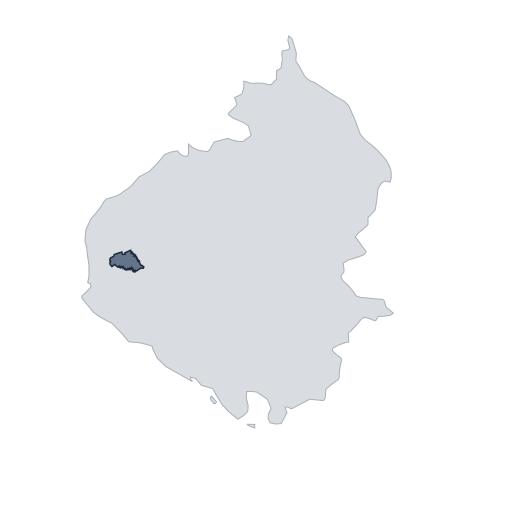 Preah Netr Preah, Bântéay Méanchey, Cambodia shown in context, rotated 323°
{"feature_id": "14789045B34870424787449", "entity_name": "Preah Netr Preah", "entity_type": "district", "adm_level": 2, "iso_a3": "KHM", "parent_name": "Cambodia", "parent_adm1": "Bântéay Méanchey", "projection": "natural_earth1", "projection_center": [103.28, 13.553], "detail": "fine", "context": "in_parent", "style": "filled", "palette": "slate", "viewbox_px": 512, "rotation_deg": 323, "n_neighbors": 0, "source": "geoboundaries", "source_scale": "gbopen_adm2", "svg_char_len": 7175}
<svg xmlns="http://www.w3.org/2000/svg" viewBox="0 0 512 512"><g transform="rotate(323 256 256)"><path d="M414.6,99.9L415.6,103.9L413.0,111.4L410.3,118.3L405.1,124.3L404.9,128.8L403.1,142.0L403.9,146.2L405.1,149.7L406.8,151.7L411.4,164.6L415.6,176.3L419.7,186.0L420.4,192.1L416.8,207.5L412.5,221.7L412.9,228.8L414.8,235.9L416.8,245.3L417.6,257.4L416.5,265.2L414.6,270.1L410.9,275.1L407.6,277.7L403.6,273.4L400.5,273.3L396.3,274.5L393.0,276.5L386.3,283.9L378.8,291.0L368.5,292.8L364.5,298.2L360.2,298.9L352.0,299.2L346.6,300.4L346.9,303.1L346.5,315.7L346.6,318.6L345.8,319.4L342.1,319.8L335.8,317.9L327.3,314.7L321.2,314.2L318.2,319.7L316.3,321.9L314.0,322.2L311.6,323.2L310.8,325.6L310.6,328.7L311.8,333.9L312.3,342.3L312.0,348.0L314.2,351.6L327.2,363.6L331.0,366.7L331.5,368.5L329.2,375.0L331.3,384.3L327.2,384.1L320.4,380.1L317.2,377.7L313.2,379.6L311.9,379.3L309.2,374.7L305.7,370.1L302.2,369.8L294.6,371.6L286.9,372.9L283.9,372.9L282.7,373.7L278.3,380.6L276.4,379.4L268.6,376.8L261.5,375.8L260.0,377.6L260.9,383.2L262.5,388.7L261.5,391.0L257.7,393.9L252.5,399.1L249.3,403.2L247.2,404.2L239.3,404.0L231.5,404.5L228.3,408.4L225.4,411.3L222.9,412.1L212.6,402.7L192.3,399.4L190.1,395.2L188.2,394.4L186.3,399.8L175.2,405.0L170.5,401.9L167.1,398.1L167.6,393.4L170.8,389.6L176.3,386.9L178.9,377.3L174.7,365.1L171.0,361.5L167.1,358.7L163.0,363.2L159.5,371.0L155.9,375.1L150.8,375.9L143.4,375.6L140.5,364.0L139.5,354.0L140.6,342.6L141.7,335.9L134.5,326.6L134.1,317.7L130.7,313.1L129.6,315.4L129.7,318.0L128.8,316.1L117.5,290.1L115.6,278.1L117.5,268.8L118.7,265.6L115.4,260.8L110.8,255.2L102.7,247.9L102.2,236.4L100.4,222.8L98.0,218.2L94.3,209.9L92.3,202.9L91.6,184.6L92.6,183.2L98.4,182.6L105.7,181.3L106.9,178.3L105.6,175.9L110.3,171.8L117.1,162.7L122.3,153.2L126.0,147.2L128.3,141.2L135.8,132.8L146.3,127.0L153.4,125.6L160.8,123.6L167.9,120.8L171.2,120.5L180.0,123.9L184.8,124.8L189.8,124.8L194.9,125.1L199.4,124.8L210.2,122.4L221.6,124.3L231.8,122.8L244.5,120.0L250.7,121.8L256.3,124.5L257.1,130.1L258.4,132.6L260.3,134.6L262.8,134.6L266.0,130.7L268.7,126.7L269.6,126.0L269.7,127.9L271.1,132.3L273.5,136.6L275.9,139.4L280.0,143.2L282.6,143.4L291.3,139.8L304.2,145.0L305.7,147.6L309.9,152.9L314.5,156.7L324.6,156.9L328.2,147.6L326.4,141.9L320.6,132.0L319.0,126.2L320.9,125.2L330.6,124.1L332.2,122.9L334.3,116.5L337.0,117.2L342.4,118.1L348.1,113.7L351.4,109.1L353.3,111.2L355.3,114.4L357.5,116.3L361.7,119.0L366.2,122.9L369.0,126.8L371.3,128.3L377.1,127.2L378.6,127.3L382.0,122.7L384.3,120.2L386.3,120.9L389.2,120.8L395.3,114.9L398.7,109.5L400.6,108.1L406.0,110.8L408.2,110.2L411.3,102.8L414.6,99.9ZM136.7,348.6L135.6,349.3L134.5,349.3L133.4,348.2L133.5,344.0L134.3,341.5L136.2,341.0L136.7,348.6ZM153.7,389.8L151.4,392.6L147.8,386.8L147.8,385.2L153.7,389.8Z" fill="#d9dde1" stroke="#a8b0b8" stroke-width="1"/><path d="M149.9,196.0L151.3,195.8L151.6,195.8L152.3,196.1L152.7,196.1L153.4,196.1L155.0,196.3L155.5,196.3L155.8,196.2L156.6,196.5L157.0,196.7L157.3,196.8L157.7,197.2L158.1,197.6L158.5,197.9L158.6,197.6L158.8,197.6L159.3,197.5L159.6,197.5L159.7,197.4L159.8,197.2L159.7,197.1L159.7,196.9L159.7,196.7L159.5,196.3L159.5,196.2L159.6,195.9L159.4,195.3L159.3,195.2L159.2,195.0L159.2,194.9L158.9,194.8L158.9,194.6L159.0,194.5L158.9,194.3L158.8,194.2L158.7,194.1L158.6,193.9L158.4,193.9L158.4,193.2L158.7,192.6L158.7,192.4L158.8,192.2L158.9,191.7L159.0,191.0L159.1,190.8L159.2,190.6L159.3,190.6L159.5,190.4L159.7,190.2L159.5,189.9L159.4,189.9L159.5,189.8L159.1,189.7L158.9,189.7L158.7,189.3L158.8,189.2L159.0,189.1L158.9,189.0L158.9,188.7L159.0,188.7L158.8,188.5L159.0,188.3L159.0,188.2L158.9,188.1L159.0,188.0L158.9,187.8L158.9,187.7L159.0,187.6L159.2,187.9L159.3,188.0L159.3,187.6L159.6,187.6L159.6,187.4L159.4,187.4L159.4,187.2L159.5,187.1L159.4,186.9L159.1,186.6L159.1,186.4L159.3,186.3L159.4,186.5L159.6,186.6L159.7,186.4L159.4,186.2L159.5,186.1L159.5,185.8L159.7,185.7L159.6,185.4L159.8,185.4L159.9,185.2L159.7,185.1L159.9,185.0L159.9,184.9L159.7,184.6L159.9,184.5L159.8,184.2L159.7,184.1L159.8,183.9L159.5,184.0L159.4,183.8L159.5,183.6L159.7,183.1L159.4,183.3L159.3,183.2L159.2,183.1L159.4,183.0L159.4,182.9L159.2,183.0L159.2,182.9L159.3,182.7L159.2,182.6L158.9,182.5L159.2,182.4L159.6,182.4L159.8,181.9L159.9,181.7L159.6,182.0L159.4,182.0L159.3,181.8L159.3,181.5L159.6,181.5L159.4,181.2L159.0,181.1L159.0,180.9L159.2,180.7L159.6,180.7L159.7,180.3L159.6,180.1L159.2,180.0L159.1,179.9L159.3,179.7L159.3,179.4L159.1,179.5L159.0,179.3L158.9,179.3L158.8,179.6L158.6,179.7L158.4,179.5L158.7,179.4L158.7,179.2L158.1,178.7L158.3,178.6L158.6,178.5L158.5,178.0L158.6,177.8L158.8,177.8L159.1,178.0L159.3,177.8L159.0,177.6L159.1,177.3L159.0,177.2L158.7,177.2L158.7,176.8L158.9,176.6L158.8,176.3L158.8,176.2L159.1,176.0L159.2,175.9L153.1,174.6L152.5,175.8L150.3,174.4L151.3,172.1L149.2,171.3L143.7,169.5L142.8,170.3L142.6,170.5L141.6,170.5L139.7,170.2L139.1,170.0L138.5,170.1L137.6,170.4L137.3,170.7L136.7,171.4L136.7,172.9L135.6,173.0L135.3,173.4L135.1,173.8L134.8,174.1L134.6,174.7L134.6,175.0L134.3,175.3L134.6,177.8L138.1,177.7L138.0,178.3L139.1,182.1L139.2,182.3L139.2,182.5L139.3,182.3L139.4,182.2L139.5,182.2L139.7,182.3L139.6,182.5L139.8,182.3L139.9,182.5L140.0,182.5L140.0,182.3L140.1,182.6L140.3,182.2L140.4,182.4L140.5,182.3L140.5,182.5L140.7,182.4L140.7,182.5L140.7,182.8L140.9,182.5L141.0,182.5L141.1,182.9L141.3,182.5L141.3,183.1L141.6,183.2L141.5,183.4L141.8,183.3L141.9,183.6L141.7,183.8L141.8,183.9L142.0,183.8L142.0,184.1L142.1,184.3L142.2,184.5L142.3,184.6L142.3,184.3L142.5,184.4L142.6,184.2L142.8,184.5L143.0,184.5L142.9,184.6L142.6,184.8L142.9,184.9L143.0,185.0L143.1,184.8L143.2,185.0L142.9,185.2L142.9,185.3L143.2,185.4L143.0,185.6L143.1,185.9L142.9,185.7L142.7,185.9L142.8,185.9L143.2,186.1L143.2,186.5L143.3,186.6L143.3,186.8L143.1,187.1L143.1,187.3L143.4,187.2L143.5,187.2L143.5,187.3L143.3,187.5L143.2,187.6L143.3,187.7L143.6,187.6L143.5,187.9L143.5,188.0L143.8,187.9L143.8,188.4L143.8,188.5L144.0,188.5L144.0,188.3L144.2,188.8L144.4,188.6L144.5,188.7L144.5,188.9L144.5,189.0L144.7,188.9L144.8,189.1L144.9,188.9L145.1,189.0L145.3,189.4L145.5,189.3L145.6,189.2L145.8,189.2L145.8,189.3L145.7,189.4L145.7,189.6L145.8,189.7L146.0,189.5L146.0,189.9L146.1,190.0L146.4,189.9L146.5,189.9L146.5,189.7L146.6,189.8L146.6,190.0L146.7,189.8L146.7,189.7L146.8,189.6L146.9,189.8L147.0,189.8L147.0,190.1L146.8,190.4L147.2,190.4L147.3,190.3L147.3,190.1L147.3,190.6L147.5,190.5L147.5,190.2L147.7,190.3L147.7,190.7L147.8,190.6L147.9,190.8L148.2,190.6L147.9,191.0L148.0,191.1L148.4,190.9L148.5,190.6L148.6,190.8L148.5,191.0L148.7,190.8L148.8,190.8L148.8,191.1L149.1,190.7L149.3,191.1L149.6,190.8L149.5,191.2L149.8,191.1L150.1,191.3L150.0,191.6L149.9,191.8L150.0,192.2L150.0,192.3L149.9,192.4L149.7,192.5L149.5,192.4L149.6,192.5L149.5,193.0L149.4,193.1L149.3,192.8L149.3,193.1L149.5,193.3L149.6,193.6L149.3,193.4L148.9,193.5L148.9,193.4L148.7,193.5L148.8,193.6L149.0,193.8L149.1,194.0L149.1,194.5L149.5,194.2L149.4,194.0L149.5,193.9L149.6,194.0L149.6,194.6L150.0,194.6L149.6,194.9L149.4,195.0L149.7,195.1L150.1,195.0L150.3,195.0L150.0,195.4L149.7,195.5L149.8,195.6L150.0,195.7L149.9,195.8L149.7,195.7L149.9,196.0Z" fill="#64748b" stroke="#1e293b" stroke-width="1.5"/></g></svg>